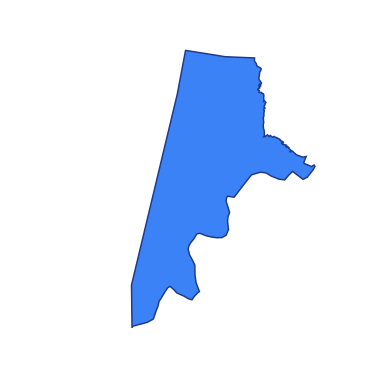 the district of Bachok, Kelantan, Malaysia, rotated 215°
{"feature_id": "92858781B88613977920895", "entity_name": "Bachok", "entity_type": "district", "adm_level": 2, "iso_a3": "MYS", "parent_name": "Malaysia", "parent_adm1": "Kelantan", "projection": "robinson", "projection_center": [102.347, 6.027], "detail": "fine", "context": "isolated", "style": "filled", "palette": "blue", "viewbox_px": 384, "rotation_deg": 215, "n_neighbors": 0, "source": "geoboundaries", "source_scale": "gbopen_adm2", "svg_char_len": 2882}
<svg xmlns="http://www.w3.org/2000/svg" viewBox="0 0 384 384"><g transform="rotate(215 192 192)"><path d="M106.0,283.6L107.6,284.1L108.5,281.5L116.3,279.7L116.9,279.9L117.5,281.0L118.2,283.7L118.8,286.6L121.2,284.1L128.0,282.3L133.0,283.1L134.1,282.9L134.2,281.7L134.5,281.7L134.7,281.1L134.8,281.1L134.7,282.9L138.0,283.3L138.0,283.9L140.2,284.1L140.3,283.4L140.0,283.4L140.0,283.0L140.5,282.9L140.5,283.3L141.2,283.2L141.3,283.6L141.7,283.6L141.8,284.4L144.5,283.5L144.5,283.1L145.5,283.1L145.5,284.3L145.7,285.0L146.1,285.1L146.0,283.3L146.5,283.4L146.8,285.3L148.6,284.8L148.9,285.2L150.0,284.9L150.2,285.5L153.8,285.1L153.7,284.8L155.3,284.6L155.9,284.6L156.7,284.6L157.2,283.1L160.4,283.2L160.6,281.6L162.8,282.1L162.9,281.5L163.5,281.0L163.6,280.5L163.6,279.9L163.9,279.3L164.3,278.8L165.0,278.3L164.9,279.6L167.5,283.0L167.9,283.5L168.4,284.0L169.3,284.6L169.9,285.1L170.4,285.7L171.0,286.3L171.7,287.3L172.4,288.3L173.1,290.1L174.8,292.0L175.4,292.7L175.7,293.2L176.3,293.7L176.4,294.9L178.6,298.4L178.9,298.8L179.1,299.5L179.3,300.1L179.7,300.3L180.3,300.5L180.6,300.7L180.6,301.5L180.2,302.2L180.6,302.6L180.8,302.5L181.4,302.7L181.4,303.2L181.9,303.5L182.3,303.9L182.2,304.5L182.2,305.1L182.7,305.7L182.8,306.4L182.7,307.5L183.2,307.8L183.8,308.1L184.5,308.2L184.8,308.0L185.2,307.4L185.6,308.4L186.1,309.0L186.8,309.6L187.3,310.3L188.5,312.3L189.3,312.9L189.7,313.4L190.4,313.2L190.8,313.1L191.2,312.9L191.6,313.0L192.0,313.4L192.5,313.3L192.8,313.2L193.1,312.9L193.4,312.3L193.8,312.1L194.5,312.3L194.8,312.8L194.9,313.2L195.2,313.8L195.9,313.9L196.6,313.3L197.0,313.6L197.1,314.4L197.0,314.9L196.7,315.5L196.2,316.0L196.5,316.6L197.0,316.8L197.5,316.8L197.5,317.4L197.2,317.9L196.6,318.2L196.9,318.7L197.7,318.9L198.0,318.6L198.4,318.0L198.7,318.5L198.6,319.3L198.0,319.7L197.4,320.1L197.6,320.8L197.8,321.3L198.7,321.5L199.7,322.0L201.1,322.3L202.2,323.1L202.9,324.4L204.4,327.5L205.3,329.1L205.3,330.5L205.6,331.8L206.3,332.8L207.9,332.9L209.4,332.6L210.2,332.3L211.5,332.8L212.9,334.0L213.8,334.3L215.0,334.7L216.2,335.4L216.8,336.2L217.6,337.7L242.5,321.8L278.5,304.3L260.1,263.5L188.2,81.1L163.2,46.3L163.6,47.9L160.6,51.7L157.5,55.2L153.8,59.7L150.8,65.8L153.5,75.0L154.2,78.4L156.2,83.4L156.5,89.1L156.9,94.8L156.9,99.8L155.8,102.1L151.5,101.7L146.4,100.6L138.9,102.1L133.9,102.5L130.2,103.6L130.2,108.2L129.5,112.8L128.8,114.7L136.6,120.0L141.6,125.4L144.7,129.5L147.7,133.7L152.5,136.4L157.9,139.1L162.3,142.9L163.6,145.9L164.0,149.4L163.6,154.3L164.0,160.4L161.9,162.7L155.2,164.3L149.8,166.5L145.4,168.8L141.3,171.9L139.3,176.1L140.6,182.2L146.0,188.3L148.4,192.5L149.4,196.7L152.8,199.4L158.6,203.9L160.2,206.6L160.6,208.9L154.5,211.9L153.8,229.1L153.1,240.2L147.4,247.4L142.3,250.1L136.2,250.5L128.1,252.4L123.0,255.1L122.4,261.5L121.4,266.5L108.2,266.1L106.1,270.3L105.5,279.5L106.0,283.6Z" fill="#3b82f6" stroke="#1e3a8a" stroke-width="1.5"/></g></svg>